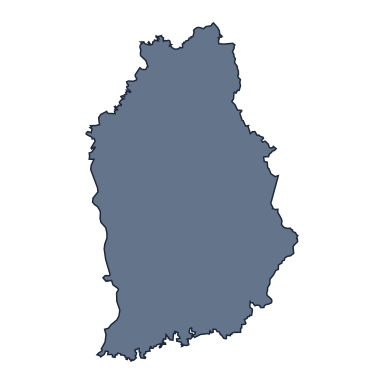 Tangail, Dhaka, Bangladesh
{"feature_id": "16705992B55867939933107", "entity_name": "Tangail", "entity_type": "district", "adm_level": 2, "iso_a3": "BGD", "parent_name": "Bangladesh", "parent_adm1": "Dhaka", "projection": "orthographic", "projection_center": [89.988, 24.376], "detail": "fine", "context": "isolated", "style": "filled", "palette": "slate", "viewbox_px": 384, "rotation_deg": 0, "n_neighbors": 0, "source": "geoboundaries", "source_scale": "gbopen_adm2", "svg_char_len": 5941}
<svg xmlns="http://www.w3.org/2000/svg" viewBox="0 0 384 384"><path d="M240.6,332.3L240.6,328.3L241.7,327.9L241.7,324.6L245.0,324.3L245.9,323.4L244.4,319.7L247.2,318.2L247.5,316.9L249.5,316.4L249.8,315.3L251.6,315.3L252.4,310.1L252.0,308.7L250.6,307.9L249.8,306.5L250.2,301.7L250.8,302.6L252.6,302.8L254.9,305.8L256.7,305.1L259.7,305.5L260.5,307.6L263.9,307.5L264.2,306.0L265.8,304.6L268.6,304.1L271.5,302.7L271.9,300.9L271.4,299.2L267.2,295.4L266.6,293.3L267.5,290.8L267.6,287.5L269.8,284.1L269.9,279.3L273.4,275.0L275.8,270.4L278.3,269.4L278.5,264.8L281.9,263.0L282.1,261.1L284.3,260.1L284.9,257.8L287.5,256.3L290.4,255.8L293.7,253.4L293.1,246.9L293.8,245.4L297.6,241.6L297.3,238.7L296.7,238.6L296.7,237.8L297.8,235.5L296.6,234.9L295.4,232.6L293.1,231.8L292.3,230.8L292.6,230.0L290.9,229.2L290.4,228.2L287.3,228.4L284.4,227.6L282.9,226.4L281.4,224.2L282.0,221.1L281.3,218.7L277.7,212.2L277.9,209.3L275.4,209.5L272.5,208.6L272.9,207.8L270.8,203.4L278.3,175.7L275.1,176.6L270.9,173.8L268.8,168.5L267.7,167.9L267.2,162.2L264.3,161.5L263.6,157.5L264.1,156.8L268.5,156.7L269.4,153.9L271.5,152.5L272.3,151.0L274.3,150.6L276.2,148.7L273.3,146.4L272.5,147.9L270.1,147.9L268.9,146.7L268.4,144.3L265.1,141.1L262.6,142.1L261.3,140.3L263.5,138.4L263.2,137.4L260.0,136.2L258.7,135.0L257.0,135.3L255.0,131.6L252.3,131.7L250.4,133.7L248.0,126.5L248.5,125.6L245.5,126.0L243.2,120.7L242.2,120.5L239.8,113.3L241.6,111.3L241.6,110.4L237.5,110.1L234.9,104.6L231.8,101.6L233.5,98.9L234.0,92.7L234.8,92.2L235.9,93.2L237.6,90.3L239.1,90.4L240.5,85.8L239.8,82.4L240.4,79.5L238.4,77.5L237.7,75.9L237.7,75.2L238.5,74.9L238.3,70.6L237.6,69.6L237.2,66.4L234.5,62.5L235.3,58.7L233.8,56.2L234.0,54.8L232.5,51.7L234.1,48.2L234.1,46.1L234.8,45.0L232.7,43.3L223.9,44.1L219.0,43.8L218.4,40.9L219.2,38.9L218.3,37.8L221.3,37.1L220.5,36.0L221.8,36.0L221.1,35.3L219.6,35.4L220.1,34.1L219.5,33.6L219.4,31.0L217.6,27.6L213.5,23.0L212.4,23.6L211.1,25.8L205.9,26.6L203.5,28.7L199.4,27.5L197.3,27.5L195.2,28.7L193.6,30.3L194.0,32.6L192.9,36.6L191.0,36.8L190.7,38.1L189.2,38.1L188.4,40.3L186.1,40.8L184.6,42.4L183.7,42.4L183.8,43.4L182.4,43.9L182.6,47.5L181.0,47.9L180.0,47.3L178.4,48.9L174.8,49.2L172.1,47.7L170.9,45.9L169.5,46.2L169.6,45.4L171.3,44.6L170.6,44.4L169.7,40.9L168.4,40.3L166.2,40.9L164.8,40.4L163.5,41.2L163.1,39.2L163.5,38.0L161.3,36.3L161.4,35.6L157.9,36.7L156.1,35.9L156.0,36.9L157.0,37.8L158.8,38.1L158.9,38.8L157.9,38.5L157.4,39.1L158.3,40.9L154.5,40.1L154.2,41.2L152.9,41.9L152.4,44.3L150.9,44.9L148.8,41.8L148.1,42.6L149.0,43.2L149.1,44.9L145.3,43.9L144.2,43.0L143.9,41.9L140.8,42.0L142.3,43.1L141.0,43.8L140.0,46.1L140.0,47.8L140.9,49.9L140.4,53.2L140.6,55.7L145.9,60.6L147.9,66.7L147.0,67.0L146.1,69.1L144.8,69.6L142.0,69.4L139.9,67.7L135.2,74.8L135.4,76.6L136.8,78.8L136.4,80.0L133.3,81.3L128.5,81.0L126.6,81.8L127.3,84.0L128.6,84.9L128.3,86.1L126.9,86.4L126.7,87.2L127.6,89.0L130.2,90.9L130.7,91.9L130.0,92.5L126.4,90.3L126.6,92.1L125.7,92.6L126.5,94.0L124.2,94.9L124.5,96.6L122.4,95.8L120.9,96.5L121.5,97.6L123.9,98.9L121.7,99.5L119.4,102.0L119.6,103.2L121.4,104.6L121.2,105.5L118.7,105.2L116.7,107.9L115.5,106.2L114.5,106.7L115.6,108.1L115.0,109.2L117.1,109.4L117.5,109.9L115.7,110.2L114.5,111.1L115.1,113.7L108.1,113.4L107.3,112.9L106.7,111.4L100.7,114.5L98.6,117.8L99.5,124.6L95.5,125.6L90.7,125.7L91.6,126.7L90.0,127.6L92.1,128.9L91.2,132.7L87.9,131.5L86.2,133.1L86.2,134.0L87.4,134.9L91.9,137.2L92.2,139.0L94.1,138.4L95.1,141.2L91.1,148.0L91.7,149.0L94.2,147.0L95.0,147.1L94.9,148.0L91.7,152.1L89.2,153.0L89.6,156.3L89.2,159.2L94.0,159.3L91.3,165.1L90.7,169.5L97.5,187.7L98.0,191.9L93.0,198.1L92.6,202.2L94.7,204.7L97.5,206.6L100.0,210.6L100.4,212.9L100.1,218.6L101.0,222.4L105.7,227.7L106.9,232.8L107.0,238.0L104.8,244.2L104.2,249.0L105.7,259.5L110.0,274.2L109.7,275.7L105.2,275.6L103.0,277.8L105.9,281.2L107.5,280.6L107.5,281.1L111.5,280.4L113.1,285.0L118.2,288.6L118.4,289.8L116.6,292.7L116.8,301.2L119.8,310.1L119.0,316.0L116.9,319.9L111.1,324.7L108.5,328.2L104.6,329.3L106.0,334.8L105.1,342.0L101.3,349.0L102.1,349.8L101.7,351.1L98.8,352.9L97.0,354.8L99.8,355.6L100.6,356.9L104.3,354.3L105.5,351.2L107.8,351.4L108.2,351.6L107.7,354.6L111.7,354.5L112.6,355.3L112.4,356.8L115.0,357.4L115.3,354.9L116.9,354.9L117.3,353.4L118.4,353.3L120.4,353.7L121.0,355.1L121.7,354.8L124.9,355.7L125.1,357.0L126.0,357.3L126.1,359.2L127.4,359.5L127.8,357.8L129.3,358.0L129.7,359.3L130.5,359.6L130.6,360.7L131.2,361.0L132.3,359.8L133.0,360.4L133.8,360.1L136.3,357.8L135.1,355.9L136.2,354.9L136.5,352.6L135.1,351.8L135.3,349.5L137.0,349.6L138.0,348.4L139.1,348.4L139.2,351.9L140.5,352.5L139.8,353.6L139.9,355.5L141.0,357.9L145.1,358.4L145.6,357.3L143.9,356.0L143.9,354.3L145.6,353.5L145.7,351.8L150.0,351.0L149.5,349.0L150.5,346.6L151.2,346.9L150.8,348.2L153.1,348.3L154.2,346.3L155.9,346.4L156.9,344.8L161.9,343.4L159.3,347.0L159.6,347.7L160.9,347.3L162.5,344.2L165.6,344.3L165.4,343.1L164.0,342.9L163.8,342.1L162.6,341.8L162.4,341.2L163.6,340.2L163.5,338.9L165.7,339.2L166.0,334.5L167.0,335.4L166.6,336.5L168.5,337.1L168.3,338.4L169.5,338.8L169.9,339.8L172.9,340.2L173.5,333.7L175.4,333.5L175.8,332.7L174.5,332.0L174.9,331.3L178.1,332.6L177.7,335.0L179.6,336.9L179.9,338.4L176.6,338.9L176.8,341.2L181.1,342.2L181.6,344.1L182.6,344.2L182.4,345.5L181.7,345.3L182.0,345.8L181.7,346.4L182.8,346.1L183.3,345.0L186.3,345.5L188.5,344.9L188.9,344.2L187.8,341.8L188.3,341.2L188.1,340.2L187.1,339.3L187.8,338.7L190.6,338.9L192.2,337.1L191.9,335.7L192.6,335.4L192.1,333.5L189.9,333.5L189.2,332.2L189.8,328.6L191.5,327.9L191.9,331.3L195.5,332.1L195.1,333.9L193.6,334.6L192.7,334.3L193.1,336.4L193.6,336.3L194.6,337.4L200.6,334.4L207.9,333.6L209.2,334.1L209.8,333.1L209.6,331.5L210.0,330.7L211.5,332.8L213.2,332.2L213.0,329.4L213.5,329.2L215.9,329.4L217.0,331.5L219.0,331.7L220.6,334.8L221.4,335.0L223.6,338.2L225.9,338.8L226.4,338.3L226.5,335.2L230.3,335.6L230.5,334.3L231.7,334.3L232.0,333.3L233.6,332.4L240.6,332.3Z" fill="#64748b" stroke="#1e293b" stroke-width="1.5"/></svg>